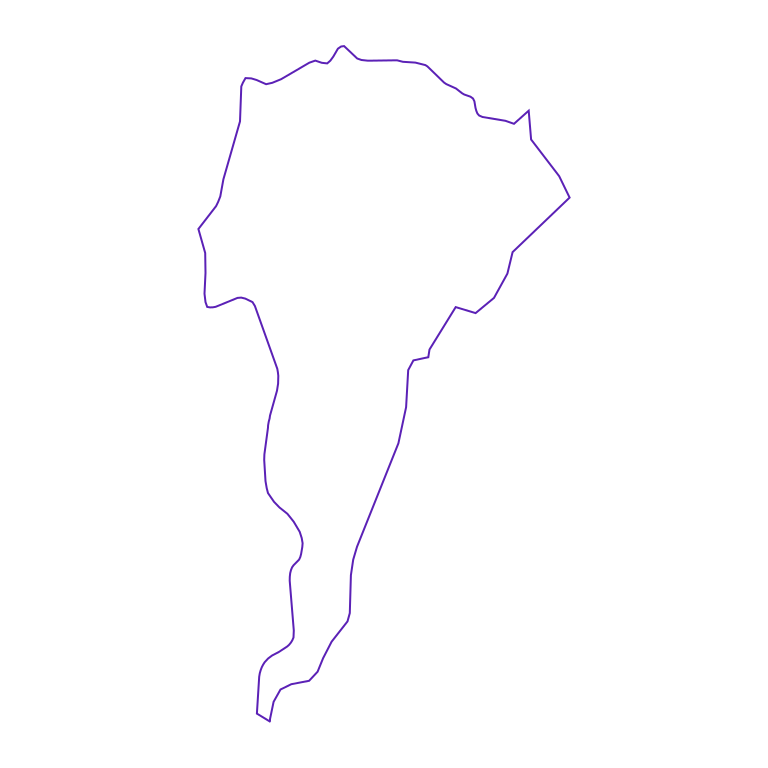 the Department of San Vicente
{"feature_id": "SLV-1353", "entity_name": "San Vicente", "entity_type": "Department", "adm_level": 1, "iso_a3": "SLV", "parent_name": "El Salvador", "parent_adm1": "", "projection": "equal_earth", "projection_center": [-88.756, 13.536], "detail": "fine", "context": "isolated", "style": "outline", "palette": "violet", "viewbox_px": 768, "rotation_deg": 0, "n_neighbors": 0, "source": "natural_earth", "source_scale": "10m", "svg_char_len": 1763}
<svg xmlns="http://www.w3.org/2000/svg" viewBox="0 0 768 768"><path d="M270.5,721.9L256.9,713.6L259.2,676.7L259.8,673.2L260.7,670.1L261.8,667.2L263.1,664.7L264.6,662.3L268.1,658.5L272.1,655.5L278.8,652.0L287.2,646.5L289.1,644.8L290.9,642.6L292.3,640.3L293.5,637.5L293.8,630.6L289.7,580.7L289.8,576.7L290.2,573.1L291.0,570.0L292.1,567.3L293.6,565.2L299.1,559.6L300.3,557.0L301.1,554.0L302.3,547.0L302.6,543.2L301.7,538.0L299.7,531.8L293.7,521.7L287.4,513.8L279.5,507.5L274.0,501.8L268.0,493.1L266.7,488.1L265.5,481.1L264.2,459.9L264.4,454.3L268.0,427.6L268.0,427.2L268.1,425.3L268.8,421.4L269.6,418.5L270.0,415.6L277.0,390.7L278.1,383.6L278.3,375.8L277.9,372.3L277.3,368.8L254.9,306.0L252.5,302.1L245.3,298.6L241.2,297.6L237.5,297.9L215.7,306.8L212.9,307.3L210.0,307.4L207.2,306.9L205.5,302.1L204.5,293.7L205.5,273.0L205.2,253.0L198.4,229.0L216.1,206.1L218.1,202.0L220.3,196.4L223.4,179.3L240.0,121.4L241.3,86.4L242.9,82.7L245.5,78.1L251.3,78.4L256.6,80.0L266.1,84.2L272.3,82.8L281.1,79.2L309.3,62.7L315.3,60.6L321.8,62.8L327.2,63.4L330.3,60.7L333.3,56.6L337.9,48.7L341.1,46.5L344.1,46.1L357.2,58.5L361.5,60.0L368.0,60.7L397.0,60.3L402.9,61.8L415.4,62.6L425.4,65.1L427.4,66.4L444.1,82.6L446.3,84.1L456.0,88.5L462.0,93.2L464.2,94.5L470.5,96.7L473.0,98.5L474.4,101.3L475.5,107.9L476.3,110.8L477.4,113.5L479.1,115.5L482.5,117.0L505.4,120.8L514.0,123.8L528.7,110.7L531.1,139.5L559.2,176.2L569.6,197.6L512.6,252.1L507.4,273.6L494.0,297.9L475.6,313.1L455.7,307.1L429.5,349.5L428.3,357.2L413.4,360.4L408.2,370.1L406.1,407.2L398.4,443.3L357.0,546.8L353.2,559.7L350.9,575.2L349.8,613.1L347.5,621.4L331.6,641.7L323.1,658.2L317.6,671.7L309.1,680.8L291.3,684.2L280.5,689.5L273.6,701.8L270.0,719.1L270.0,721.5L270.5,721.9Z" fill="none" stroke="#5b21b6" stroke-width="2"/></svg>